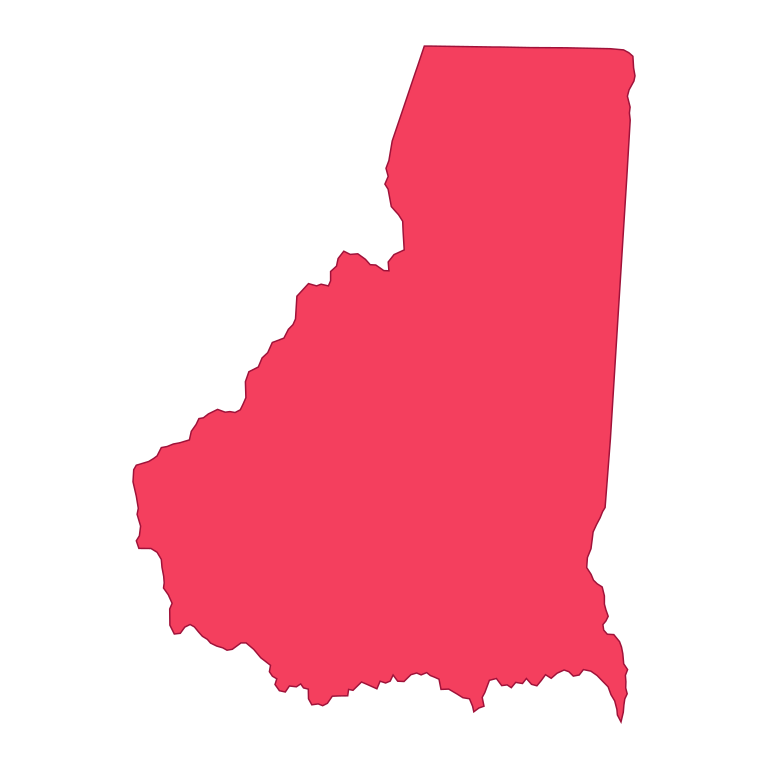 the district of Santa Filomena, Pernambuco, Brazil
{"feature_id": "56859067B7026761946048", "entity_name": "Santa Filomena", "entity_type": "district", "adm_level": 2, "iso_a3": "BRA", "parent_name": "Brazil", "parent_adm1": "Pernambuco", "projection": "equal_earth", "projection_center": [-40.595, -8.21], "detail": "fine", "context": "isolated", "style": "filled", "palette": "rose", "viewbox_px": 768, "rotation_deg": 0, "n_neighbors": 0, "source": "geoboundaries", "source_scale": "gbopen_adm2", "svg_char_len": 2935}
<svg xmlns="http://www.w3.org/2000/svg" viewBox="0 0 768 768"><path d="M138.9,548.4L151.0,548.5L157.1,552.3L161.3,559.4L162.0,567.4L163.7,576.4L164.2,582.9L163.5,588.0L168.3,594.8L172.1,603.3L169.7,609.0L169.9,625.2L174.3,634.0L180.3,633.3L184.8,627.1L190.1,624.5L194.4,626.9L198.5,631.9L202.4,636.3L207.3,639.3L210.6,643.1L216.8,646.1L222.7,647.8L227.0,650.2L232.3,649.3L241.0,642.9L246.1,642.9L253.7,649.3L260.8,657.8L270.5,665.3L269.4,671.7L272.4,676.2L276.8,678.8L275.0,684.5L279.4,690.7L285.3,692.0L289.4,686.0L296.4,686.8L300.7,683.9L303.5,687.9L308.3,689.1L308.5,698.8L311.8,704.8L318.2,703.9L322.7,705.7L327.4,703.3L332.3,696.2L339.6,695.9L347.7,695.8L348.6,689.4L353.0,690.3L361.5,682.0L367.8,684.7L376.9,688.8L380.1,681.2L385.6,683.0L390.2,681.1L393.1,675.0L397.7,681.2L404.0,681.5L410.9,674.7L416.7,673.0L421.1,674.9L426.7,672.6L430.3,675.5L434.8,677.3L439.0,679.2L441.0,689.4L448.7,689.1L457.2,694.1L462.9,697.7L469.5,698.8L472.6,706.3L473.8,711.8L478.9,708.0L484.0,706.2L482.2,697.4L484.8,692.6L489.4,680.3L496.4,678.5L501.7,685.6L507.2,684.9L511.3,687.7L515.7,682.4L522.5,683.5L526.4,678.5L531.5,684.3L536.9,685.8L541.2,680.6L545.5,674.7L551.2,678.3L557.1,673.2L564.1,670.0L568.9,671.7L573.3,676.1L579.2,675.0L583.4,669.6L590.8,671.1L597.1,675.5L602.9,681.5L608.1,686.8L611.0,694.7L614.7,700.9L616.9,709.4L617.4,715.0L621.0,721.9L623.3,712.2L623.9,705.0L624.8,698.9L627.2,693.8L625.7,688.0L625.9,681.7L625.4,675.3L627.6,669.6L623.7,663.8L622.8,653.7L621.5,647.0L619.5,641.6L613.8,634.6L607.3,634.2L603.7,630.1L602.9,624.6L605.9,621.0L608.2,616.3L605.9,609.8L604.4,604.1L604.4,595.9L602.2,587.0L597.2,583.8L593.5,580.2L591.1,574.4L586.7,567.6L587.4,557.6L591.0,548.7L592.1,540.1L593.1,532.0L596.5,524.6L600.1,517.8L602.6,511.6L605.1,507.5L610.4,439.0L617.4,326.7L626.8,177.4L630.2,120.1L629.4,113.0L630.1,107.1L627.4,96.2L629.1,89.8L633.9,81.1L635.0,75.9L633.6,67.9L632.9,56.3L629.1,52.9L623.6,49.9L610.2,48.7L566.0,47.8L530.4,47.6L498.9,47.0L492.5,47.0L431.3,46.1L424.3,46.1L417.8,65.5L415.2,73.0L401.6,113.3L392.2,141.0L388.9,160.6L386.0,168.3L388.2,176.4L384.9,184.1L388.1,189.2L391.3,206.6L395.1,210.9L398.6,214.8L402.7,221.3L403.1,231.4L404.2,249.9L394.0,254.6L388.2,262.0L388.9,270.8L383.8,270.6L375.8,265.0L370.2,264.7L365.4,259.3L357.8,253.8L350.2,254.4L343.8,251.2L338.1,258.5L336.5,266.1L330.6,271.5L330.6,280.8L328.4,285.9L321.1,284.2L316.6,285.9L308.5,283.6L296.9,296.2L295.5,319.0L293.0,324.6L288.4,329.3L283.9,338.1L272.3,342.5L267.7,352.7L262.1,357.9L258.3,367.0L248.9,371.7L245.4,381.7L245.9,397.7L243.0,404.3L240.3,409.8L235.1,412.5L229.9,411.6L225.2,412.2L217.6,409.4L208.4,413.9L203.4,417.8L198.9,418.6L196.1,424.5L191.3,431.3L189.4,439.9L179.3,442.9L173.3,444.0L167.2,446.5L161.3,447.6L157.1,455.9L153.6,458.5L148.7,461.5L136.3,465.2L133.7,469.7L133.0,481.8L136.3,496.2L138.3,508.3L137.1,514.3L140.6,526.1L139.4,535.8L136.3,540.8L138.9,548.4Z" fill="#f43f5e" stroke="#9f1239" stroke-width="1.5"/></svg>